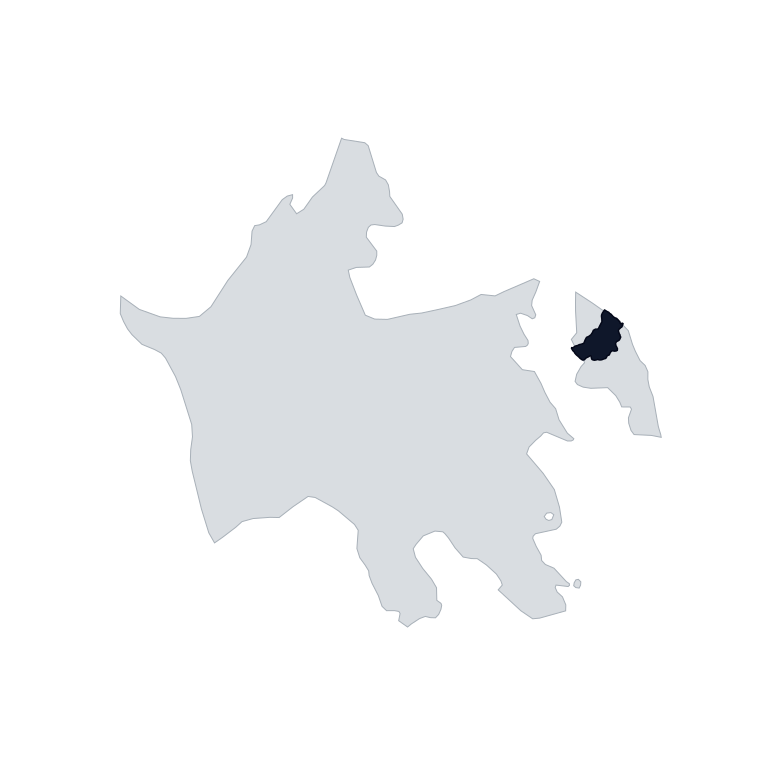 Julfa District, Culfa, Azerbaijan (highlighted), rotated 202°
{"feature_id": "54616110B53393721771174", "entity_name": "Julfa District", "entity_type": "district", "adm_level": 2, "iso_a3": "AZE", "parent_name": "Azerbaijan", "parent_adm1": "Culfa", "projection": "natural_earth1", "projection_center": [45.681, 39.144], "detail": "fine", "context": "in_parent", "style": "filled", "palette": "ink", "viewbox_px": 768, "rotation_deg": 202, "n_neighbors": 0, "source": "geoboundaries", "source_scale": "gbopen_adm2", "svg_char_len": 4952}
<svg xmlns="http://www.w3.org/2000/svg" viewBox="0 0 768 768"><g transform="rotate(202 384 384)"><path d="M515.4,596.0L512.5,595.8L492.2,600.5L487.9,599.0L470.2,577.2L466.6,574.8L459.0,573.8L454.6,570.3L450.9,564.4L448.9,560.1L430.7,548.3L428.0,544.0L427.6,540.2L430.2,536.7L433.3,533.9L442.0,530.9L452.3,528.4L455.6,526.6L457.2,523.4L457.1,518.4L455.4,513.5L440.5,504.5L438.9,500.6L438.3,495.8L439.2,490.9L441.4,487.0L453.4,481.7L459.8,476.2L455.7,470.1L442.7,456.2L427.1,440.8L416.9,440.7L405.0,445.2L386.2,458.3L375.7,463.9L362.1,473.1L347.3,483.4L335.1,494.4L327.5,503.4L314.0,507.3L307.1,514.9L284.5,537.7L278.1,537.4L277.7,526.1L278.0,517.2L276.5,512.0L269.2,505.0L269.0,501.9L271.0,500.0L276.7,501.2L283.9,500.8L287.4,498.0L279.6,488.7L272.7,482.5L266.8,478.3L265.5,475.8L265.5,474.0L266.7,471.9L276.7,466.8L277.6,462.1L277.0,456.8L261.1,449.1L249.2,451.9L238.6,443.3L231.7,436.5L223.2,429.3L215.6,425.4L208.3,416.4L195.6,407.1L187.5,404.4L187.6,403.0L189.1,401.3L192.5,399.9L215.1,400.2L217.8,398.5L219.2,394.5L222.3,388.6L225.9,379.9L225.6,372.6L203.0,360.8L186.5,349.9L175.2,335.6L167.4,322.5L167.7,318.1L169.9,313.9L187.5,301.9L188.7,298.8L188.3,296.6L182.1,290.5L174.2,284.1L171.7,279.4L166.8,277.1L157.4,276.9L140.9,269.1L137.4,268.3L136.6,266.8L137.4,265.2L149.2,262.0L149.0,259.4L145.5,256.0L138.8,253.5L132.7,247.3L130.6,241.7L151.9,225.3L158.2,222.0L172.1,225.0L201.0,235.9L199.0,241.9L201.9,245.3L208.6,249.9L221.3,254.6L232.1,257.0L237.5,254.9L245.8,253.2L256.6,258.6L266.5,265.4L271.5,268.1L274.1,269.0L281.7,266.7L290.7,257.9L294.2,247.3L295.2,242.2L289.9,235.1L279.0,227.5L266.8,220.8L259.0,214.8L254.0,203.2L248.9,201.9L247.6,200.4L246.8,196.4L247.0,190.8L248.7,186.5L253.6,184.7L258.6,184.0L263.1,179.9L268.7,171.9L271.1,167.5L281.7,170.0L283.1,177.2L285.0,178.7L289.4,177.8L296.7,174.8L302.5,177.1L310.0,185.7L320.4,194.7L326.0,200.8L328.2,205.0L333.6,209.0L341.3,213.8L347.5,221.3L353.1,238.7L358.7,242.7L378.7,249.3L385.8,250.7L405.4,253.0L412.3,251.3L422.3,236.3L431.2,220.9L439.7,217.7L455.0,210.2L464.1,203.2L467.8,195.6L476.3,181.3L481.6,173.2L490.7,180.4L506.5,199.8L529.2,231.4L534.8,240.3L538.6,250.7L541.8,263.3L547.1,274.4L570.2,302.5L580.1,312.8L596.3,326.2L602.1,329.2L609.6,330.0L623.3,330.1L636.1,335.3L642.4,339.0L648.9,344.4L654.9,350.5L661.0,367.0L638.8,361.5L616.7,362.4L604.2,365.9L592.1,370.7L580.5,377.5L573.4,390.8L567.6,421.5L559.0,450.2L559.5,463.5L563.6,476.3L563.2,482.4L559.1,484.9L554.0,490.4L547.4,516.8L544.1,522.0L539.7,525.3L538.4,522.2L538.6,515.3L528.8,509.1L523.8,516.0L520.4,530.5L513.4,545.8L513.1,548.7L515.4,596.0ZM184.8,325.2L185.8,321.1L183.0,319.3L180.1,319.2L177.6,321.2L177.6,326.4L181.1,327.3L184.8,325.2ZM111.9,445.0L108.5,440.8L107.0,438.4L116.8,436.5L133.2,430.8L137.6,433.5L142.4,439.3L144.7,444.2L145.1,453.4L147.1,454.9L155.0,451.8L158.6,455.5L164.7,460.0L175.3,464.4L190.6,457.5L198.2,455.7L204.4,455.9L207.8,458.0L209.0,465.2L207.8,474.0L206.0,478.8L209.2,482.3L221.8,490.8L227.0,495.5L224.5,503.7L233.8,523.6L237.0,531.4L240.7,541.0L221.5,537.2L187.0,529.2L177.5,525.0L168.5,513.9L163.2,508.5L155.3,501.6L148.8,499.0L143.9,494.2L141.1,487.1L137.0,480.7L129.9,473.2L113.9,447.6L111.9,445.0ZM132.7,274.3L130.6,275.7L127.4,274.3L126.4,271.2L126.6,267.9L129.9,267.1L132.5,268.0L133.2,271.0L132.7,274.3Z" fill="#d9dde1" stroke="#a8b0b8" stroke-width="1"/><path d="M223.6,488.0L223.5,487.3L222.1,486.2L221.3,485.6L219.8,485.1L218.8,484.2L217.5,483.5L216.4,483.0L214.8,482.5L213.2,481.9L212.0,481.3L210.2,480.8L208.9,480.6L207.6,481.2L207.1,481.9L206.7,483.3L206.0,484.3L205.4,485.0L204.5,485.9L203.7,487.2L202.9,487.6L202.1,487.0L201.7,486.2L201.0,485.3L200.4,484.7L199.1,484.6L197.7,484.9L196.3,485.8L194.9,486.9L193.7,486.9L192.3,487.4L191.1,488.1L190.3,488.9L189.3,489.8L188.2,490.6L187.9,491.1L187.7,492.3L187.7,493.5L187.2,494.3L186.2,495.1L186.0,496.3L186.0,497.6L185.7,498.9L185.1,500.1L184.2,500.5L183.0,500.7L182.2,501.0L181.0,501.7L180.3,502.6L180.7,504.1L182.0,505.4L182.3,505.6L183.1,506.2L183.5,506.8L184.4,508.1L184.5,509.3L184.3,510.2L183.9,510.9L183.4,511.4L183.1,511.7L182.5,512.5L182.2,513.4L182.1,514.8L182.1,516.2L183.1,517.1L183.8,518.2L184.7,518.7L185.5,519.8L186.4,520.8L186.8,521.9L186.6,522.5L186.5,523.2L186.1,523.7L185.9,524.3L185.5,525.1L184.9,525.8L184.8,526.6L184.9,527.6L184.9,528.7L185.0,529.5L185.6,529.7L186.3,529.3L186.6,528.8L187.5,528.7L187.7,528.8L188.2,529.4L188.9,530.3L190.0,530.6L190.8,531.1L192.0,531.6L192.9,532.0L194.5,531.9L195.4,532.0L196.7,532.3L197.9,532.9L198.9,533.4L199.7,533.8L201.2,534.0L202.5,534.7L204.6,534.8L205.5,535.0L206.5,535.2L207.3,535.2L207.7,533.4L208.1,531.4L208.1,529.4L207.7,528.2L206.3,525.7L205.2,523.2L205.5,521.6L205.6,520.2L205.8,518.4L205.9,516.1L206.4,514.9L208.5,514.1L210.0,512.2L210.0,510.0L210.6,507.1L212.1,504.7L213.7,503.1L214.0,500.5L214.0,497.9L214.0,496.6L216.0,494.8L217.8,493.6L218.7,492.4L220.9,490.8L222.4,488.4L223.6,488.0Z" fill="#0f172a" stroke="#020617" stroke-width="1.5"/></g></svg>